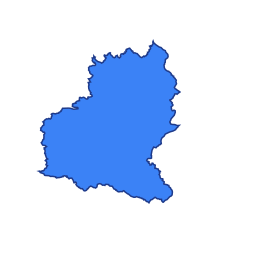 outline of Oxapampa, Pasco, Peru, rotated 124°
{"feature_id": "86281439B19526712257024", "entity_name": "Oxapampa", "entity_type": "district", "adm_level": 2, "iso_a3": "PER", "parent_name": "Peru", "parent_adm1": "Pasco", "projection": "albers", "projection_center": [-75.08, -10.181], "detail": "fine", "context": "isolated", "style": "filled", "palette": "blue", "viewbox_px": 256, "rotation_deg": 124, "n_neighbors": 0, "source": "geoboundaries", "source_scale": "gbopen_adm2", "svg_char_len": 5863}
<svg xmlns="http://www.w3.org/2000/svg" viewBox="0 0 256 256"><g transform="rotate(124 128 128)"><path d="M186.4,105.6L186.0,104.3L186.4,103.3L185.9,102.9L186.5,101.4L186.1,99.9L184.6,98.3L184.0,97.1L182.6,96.8L182.3,96.1L182.6,95.3L182.8,91.4L182.5,90.8L182.9,87.4L182.1,84.3L181.1,83.1L180.2,82.7L179.5,80.2L179.1,79.9L179.2,78.9L178.7,78.2L178.8,77.3L178.4,76.9L178.6,76.3L178.2,75.2L178.7,74.8L178.3,74.5L178.0,73.4L178.3,73.0L178.6,71.5L178.3,71.2L178.1,70.0L178.3,68.8L176.7,69.0L174.6,68.8L174.0,68.1L170.3,66.8L170.3,64.1L169.5,62.9L169.5,61.9L168.4,60.3L169.5,59.4L170.0,57.7L169.7,57.2L167.0,56.7L165.6,55.6L161.6,55.0L160.3,54.2L158.9,54.0L156.2,55.4L155.0,56.7L154.5,58.5L153.9,59.2L153.8,61.1L152.8,62.0L153.3,63.4L153.1,63.8L154.4,66.8L153.8,67.4L153.2,67.4L152.3,68.0L152.3,70.2L151.4,70.1L150.7,70.8L151.5,72.2L151.3,73.4L149.7,74.9L149.2,76.2L147.9,76.3L147.1,77.2L146.1,76.7L145.8,77.3L146.2,78.7L145.1,80.0L145.6,81.1L145.8,82.7L146.3,83.0L146.3,83.3L143.6,84.6L143.5,85.0L144.0,86.1L143.3,87.7L143.7,88.4L144.9,88.0L145.8,88.2L146.4,89.2L145.6,89.7L145.3,90.4L145.6,91.3L145.3,91.7L144.3,91.7L144.4,92.6L144.9,93.1L144.4,94.4L142.7,94.5L142.0,94.2L140.3,91.9L139.8,91.7L137.7,93.1L137.7,93.6L132.9,95.7L129.5,96.1L128.7,93.7L126.8,93.5L125.9,92.8L124.6,92.8L123.8,92.0L122.9,92.0L122.4,91.6L120.4,93.4L118.7,94.1L117.0,94.3L114.7,93.5L112.2,93.7L108.0,91.2L105.2,88.9L102.8,87.6L100.9,87.7L99.7,87.2L98.5,87.4L97.3,87.1L98.4,88.5L99.0,91.1L100.4,93.5L100.8,94.9L100.0,95.9L100.1,96.2L99.5,96.8L97.8,96.9L96.3,97.4L91.5,96.8L88.5,97.6L87.3,98.6L87.5,99.9L88.6,100.4L88.9,101.0L88.0,102.8L87.4,102.9L86.3,104.1L84.3,103.4L83.5,103.9L83.1,105.4L82.3,105.5L81.7,108.7L81.1,109.0L80.1,108.0L77.8,107.7L77.7,107.5L77.0,107.9L74.9,107.8L73.8,108.3L72.6,107.0L72.6,106.2L70.2,105.6L69.4,105.0L69.0,105.2L69.1,108.7L68.9,109.5L69.1,110.8L68.4,112.3L64.2,112.5L62.6,114.3L61.5,114.6L61.1,115.3L61.0,116.1L60.5,116.8L60.6,117.2L60.3,118.7L60.1,119.1L59.6,119.1L59.8,119.9L59.4,120.6L59.8,121.8L58.8,122.6L58.4,124.1L58.5,125.3L58.2,125.9L58.8,127.1L58.7,129.7L57.8,131.5L55.6,133.4L54.7,133.3L53.6,134.0L52.9,133.8L50.3,135.3L47.6,134.4L46.2,134.8L44.7,136.2L44.0,139.1L43.0,140.3L43.4,142.7L42.8,145.6L43.4,147.3L43.4,150.7L43.3,152.5L43.0,153.2L43.1,154.3L42.0,155.7L42.9,155.5L43.8,154.5L45.3,154.2L46.1,154.5L47.0,154.1L47.5,154.7L47.2,155.3L48.1,155.9L49.1,153.9L50.1,153.6L51.1,154.3L51.5,153.8L51.9,153.9L52.2,153.4L53.0,153.4L53.9,153.6L54.3,154.1L54.9,153.5L55.8,153.6L56.2,153.0L57.0,153.5L57.8,153.3L59.0,154.2L59.6,154.3L59.5,155.1L61.9,155.9L62.3,157.4L61.2,162.0L61.7,163.2L61.8,164.3L62.7,165.4L62.4,166.3L61.7,166.8L61.7,167.6L62.1,168.0L61.4,169.2L61.4,169.9L60.9,171.0L61.0,171.4L62.5,172.5L63.4,172.6L63.6,173.3L64.8,173.2L65.4,172.2L66.4,172.4L66.7,173.0L67.5,172.3L68.6,173.4L69.3,173.0L69.7,174.3L70.6,175.1L72.5,174.7L73.0,173.9L74.7,174.3L74.8,176.2L73.8,177.5L75.5,178.5L76.5,178.0L77.5,178.7L77.6,180.5L77.0,181.8L77.0,183.1L76.5,184.2L75.6,184.5L75.6,185.0L77.2,185.9L77.7,185.7L78.4,186.1L78.8,186.1L79.1,185.8L79.6,186.0L80.3,186.8L80.6,188.3L81.0,188.4L81.6,188.0L82.2,186.2L82.1,185.5L82.5,185.2L83.8,185.4L85.0,185.0L86.1,185.7L87.2,185.3L89.0,186.2L88.9,187.2L89.8,190.3L89.5,193.5L88.4,194.8L87.6,194.8L87.8,195.7L87.5,196.5L88.9,195.6L90.0,196.8L90.6,195.9L92.2,195.3L93.0,193.2L93.0,192.3L92.3,192.2L93.1,190.7L93.9,190.2L94.7,190.4L95.8,192.2L97.4,193.1L98.0,194.1L100.1,194.4L101.2,193.3L102.0,193.1L102.6,191.3L103.6,190.6L104.0,189.2L104.0,186.6L105.4,186.2L106.4,186.7L107.9,186.7L109.3,188.3L110.8,184.8L112.5,186.4L113.0,185.4L113.4,185.4L114.0,184.4L115.2,184.2L117.2,182.6L118.4,181.1L118.6,180.2L119.4,179.1L119.3,178.6L120.2,178.5L121.0,178.0L120.7,176.8L121.6,175.5L122.7,175.9L124.2,177.5L124.5,178.4L125.6,178.2L126.0,177.6L126.9,178.1L127.3,178.9L127.2,181.3L127.4,182.1L129.3,183.6L129.3,184.7L129.8,185.2L132.0,184.1L132.4,183.5L134.2,185.2L136.2,185.8L136.6,185.1L138.6,187.2L139.4,187.3L139.8,186.6L140.5,186.6L141.3,186.1L140.8,184.0L139.2,181.3L139.4,180.6L140.1,180.3L142.8,183.5L143.8,186.6L144.7,188.3L148.3,193.3L150.2,193.0L151.0,193.3L151.7,192.8L153.8,194.0L154.4,193.7L155.5,195.1L156.9,196.1L157.7,198.1L158.4,198.9L159.5,199.3L159.8,198.2L161.1,197.6L161.9,197.7L162.7,197.1L163.1,197.1L164.1,197.5L164.3,199.0L165.3,199.4L166.0,200.7L168.1,201.5L168.7,201.4L170.5,202.0L170.6,200.8L171.0,200.8L171.7,200.0L172.8,199.4L173.6,200.0L175.9,200.0L176.9,200.3L177.1,199.8L178.8,199.1L178.6,197.5L179.0,195.9L178.3,195.2L178.3,194.8L178.6,194.4L179.2,193.9L180.8,194.0L181.6,193.2L184.3,191.6L185.2,192.0L187.3,191.5L188.7,191.7L189.9,189.2L188.8,186.8L189.0,185.1L190.1,185.7L190.6,185.5L191.3,186.3L191.7,185.7L192.3,185.8L192.4,184.9L193.6,183.7L195.6,182.9L195.6,181.9L196.2,181.8L198.5,178.7L198.6,177.3L200.1,178.2L201.3,178.3L201.2,177.2L201.9,176.2L202.6,175.7L204.4,175.5L204.2,173.7L205.6,173.8L206.8,173.3L207.9,174.2L210.1,174.0L211.1,174.4L211.4,175.3L212.1,175.4L213.0,176.0L213.0,177.0L213.5,177.5L213.4,177.1L214.0,175.8L213.2,172.8L213.2,171.6L213.8,170.8L213.7,170.2L211.7,166.8L211.5,165.2L210.2,163.4L208.9,160.5L209.4,160.2L209.3,159.1L208.2,158.4L207.9,157.6L205.7,155.5L204.7,155.3L204.7,154.6L203.3,154.3L202.8,153.3L202.8,152.4L202.0,151.9L202.0,151.5L202.9,151.2L202.6,150.7L203.1,148.4L202.0,148.0L201.0,146.5L202.0,144.2L203.6,142.2L203.2,141.7L202.3,141.5L202.1,140.6L202.7,139.8L203.9,139.6L204.6,137.8L204.5,136.6L204.9,135.7L204.4,135.2L204.7,134.4L204.7,133.1L203.8,131.9L204.6,129.4L204.2,128.5L203.0,127.7L201.7,127.5L201.1,127.7L200.7,127.2L198.9,127.2L197.1,126.5L196.7,125.3L196.6,123.1L196.1,122.4L195.9,121.3L194.3,120.8L191.9,121.8L190.4,120.9L189.8,120.0L189.5,118.8L189.7,117.2L189.0,116.3L188.5,115.0L187.6,115.2L187.1,114.9L185.7,112.4L186.1,111.9L186.3,110.7L185.1,108.4L186.4,105.6Z" fill="#3b82f6" stroke="#1e3a8a" stroke-width="1.5"/></g></svg>